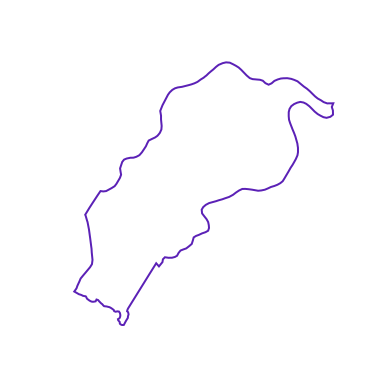 the district of Anamã, Amazonas, Brazil, rotated 122°
{"feature_id": "56859067B85259643543975", "entity_name": "Anamã", "entity_type": "district", "adm_level": 2, "iso_a3": "BRA", "parent_name": "Brazil", "parent_adm1": "Amazonas", "projection": "albers", "projection_center": [-61.675, -3.474], "detail": "fine", "context": "isolated", "style": "outline", "palette": "violet", "viewbox_px": 384, "rotation_deg": 122, "n_neighbors": 0, "source": "geoboundaries", "source_scale": "gbopen_adm2", "svg_char_len": 3248}
<svg xmlns="http://www.w3.org/2000/svg" viewBox="0 0 384 384"><g transform="rotate(122 192 192)"><path d="M333.9,202.4L333.5,201.3L333.3,200.0L333.3,198.5L333.4,197.2L333.5,195.9L334.3,194.8L334.0,193.3L332.8,192.1L332.1,190.6L332.7,189.2L333.7,188.1L334.6,187.4L335.7,186.9L336.9,186.6L338.0,186.8L339.1,187.4L339.9,186.6L340.5,184.5L341.9,183.4L342.1,182.4L341.9,180.9L340.9,179.4L339.0,179.5L337.8,179.6L336.1,179.7L335.0,179.7L333.8,179.7L332.8,179.7L331.4,180.4L329.3,181.0L327.8,182.5L327.5,183.9L326.1,184.3L324.8,184.5L284.7,184.6L271.4,184.6L272.6,180.6L267.1,179.9L264.5,181.0L261.7,180.4L260.2,177.0L258.3,174.1L256.2,172.1L254.0,170.9L250.7,171.1L247.7,170.7L245.4,169.0L242.9,167.0L239.4,165.7L236.2,164.7L233.0,165.5L229.6,166.5L227.1,165.3L224.8,163.5L221.7,161.5L219.0,159.3L216.3,157.8L213.5,158.5L211.2,160.2L208.9,162.4L207.3,165.3L206.2,168.4L204.8,172.1L201.9,174.4L198.9,174.5L195.6,173.5L192.3,171.6L187.1,166.8L184.8,164.9L182.2,162.5L179.9,160.7L176.5,157.9L172.6,155.7L169.1,154.4L165.8,152.9L162.8,151.0L161.2,148.6L159.6,145.4L158.2,142.3L155.9,136.6L154.0,134.1L151.4,131.4L148.7,129.5L145.9,127.7L143.3,125.4L140.6,123.4L137.7,121.8L134.8,120.8L131.4,120.8L127.7,120.9L123.4,121.0L119.1,121.2L115.8,121.1L112.8,121.2L109.0,121.4L105.0,122.0L102.1,123.2L98.3,125.6L96.8,126.9L95.1,128.3L92.1,131.6L90.1,133.8L87.8,136.8L85.7,139.8L83.6,142.6L81.5,145.4L79.3,148.0L76.4,150.2L73.0,152.3L69.9,153.3L66.6,153.3L63.3,152.0L60.5,150.1L58.2,147.9L57.0,144.8L56.7,141.8L57.1,137.8L57.9,134.3L58.8,130.6L59.3,126.7L59.2,123.6L58.9,120.2L57.8,117.2L54.9,114.5L51.7,113.4L48.2,115.7L45.8,118.5L41.9,119.2L45.2,124.3L46.0,128.0L45.9,131.3L46.1,134.9L45.7,138.3L44.8,142.4L44.1,145.4L43.5,149.3L43.3,153.0L42.2,161.2L42.8,164.9L43.5,167.9L44.9,171.3L46.8,174.3L48.7,176.8L51.2,179.0L54.1,181.0L57.7,182.1L60.4,183.9L60.8,187.4L60.1,190.9L60.8,193.8L64.2,200.5L64.8,203.4L64.2,207.4L62.3,215.0L61.7,218.4L61.7,221.7L61.9,224.8L62.3,228.5L64.0,231.8L66.4,234.2L70.1,236.8L73.1,237.9L76.8,238.9L79.7,239.9L82.6,240.8L85.5,241.5L87.6,242.3L88.9,242.7L91.9,244.2L95.7,245.7L98.5,247.5L101.0,249.5L103.2,251.5L108.1,256.2L110.9,259.5L113.1,261.4L115.8,262.8L119.3,263.7L122.3,263.9L134.1,263.0L140.1,261.9L143.7,258.7L146.9,256.7L152.1,252.7L155.2,251.1L158.8,250.6L160.8,250.8L162.7,251.1L165.3,252.2L168.1,254.0L171.3,256.0L174.2,255.8L177.7,255.3L184.9,255.5L188.5,256.1L189.5,256.6L191.7,257.9L193.9,259.8L195.6,262.4L198.2,265.1L199.7,266.2L200.6,266.8L203.5,267.1L206.4,266.4L210.1,265.5L212.8,263.2L214.9,261.3L218.2,260.6L225.1,260.4L228.1,260.7L231.4,262.3L236.7,265.3L238.5,267.5L239.7,270.1L245.0,270.3L253.9,270.5L260.0,270.6L267.9,270.5L268.5,269.6L272.0,265.7L272.8,264.7L278.4,259.5L285.6,253.5L291.6,248.6L293.4,247.1L296.5,244.9L302.3,240.4L306.2,238.6L307.9,238.6L309.8,238.6L321.3,240.2L324.4,240.6L327.4,240.1L332.2,239.5L334.9,238.9L337.1,239.0L338.8,239.1L338.7,237.0L338.6,233.7L338.2,232.3L337.9,230.9L337.9,229.8L337.4,228.3L336.8,226.9L337.2,225.9L338.1,224.6L338.3,222.8L338.4,221.4L338.3,219.8L338.0,218.6L337.1,217.2L335.8,215.8L333.8,216.0L333.4,214.4L333.9,212.8L334.2,211.6L334.6,210.0L334.7,208.6L335.2,207.2L335.4,206.0L334.3,203.7L333.9,202.4Z" fill="none" stroke="#5b21b6" stroke-width="2"/></g></svg>